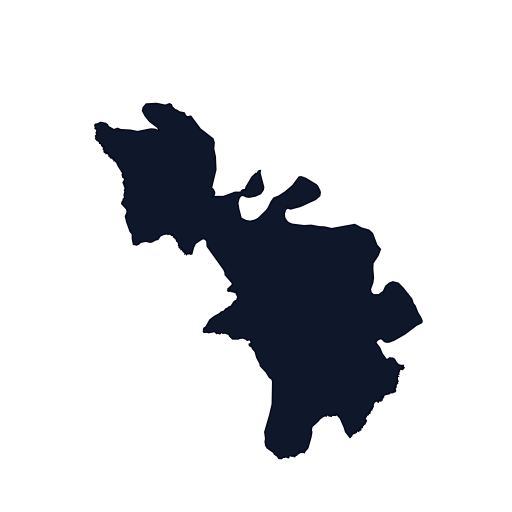 the district of Zabzugu, Northern, Ghana, rotated 143°
{"feature_id": "2480657B72410528378772", "entity_name": "Zabzugu", "entity_type": "district", "adm_level": 2, "iso_a3": "GHA", "parent_name": "Ghana", "parent_adm1": "Northern", "projection": "mercator", "projection_center": [0.33, 9.091], "detail": "fine", "context": "isolated", "style": "filled", "palette": "ink", "viewbox_px": 512, "rotation_deg": 143, "n_neighbors": 0, "source": "geoboundaries", "source_scale": "gbopen_adm2", "svg_char_len": 6025}
<svg xmlns="http://www.w3.org/2000/svg" viewBox="0 0 512 512"><g transform="rotate(143 256 256)"><path d="M201.2,321.6L202.8,322.3L205.5,321.2L206.6,322.0L211.7,321.4L222.4,317.0L224.5,315.4L226.7,316.7L228.6,316.7L229.8,315.9L234.3,319.4L246.4,323.1L254.6,329.3L252.1,330.3L250.8,331.8L250.1,334.9L250.7,337.2L236.2,349.1L228.8,359.8L225.4,367.1L221.2,371.8L219.9,375.5L224.1,391.0L224.0,406.9L226.7,408.1L227.6,409.3L227.8,411.1L227.2,413.3L230.8,417.5L231.3,419.6L232.7,421.8L233.3,425.4L232.6,427.8L233.5,429.6L237.7,430.9L243.6,437.6L252.2,443.4L256.7,442.4L259.2,440.3L260.1,434.7L259.9,427.5L257.2,418.1L257.4,415.7L257.7,415.1L258.8,415.3L260.5,418.0L263.4,420.6L275.8,426.6L280.8,432.2L288.0,438.2L289.9,441.3L293.5,442.3L296.1,448.2L295.7,450.3L296.3,452.3L299.7,456.2L302.9,456.7L304.9,457.8L305.7,457.0L306.1,457.3L306.5,455.8L307.8,454.6L306.7,452.5L309.6,450.4L309.4,448.8L312.0,448.4L312.0,446.9L313.3,446.5L313.4,444.4L312.3,441.8L313.0,440.1L311.7,438.1L312.8,437.0L312.2,435.9L312.5,435.4L311.6,434.7L313.5,433.3L313.7,431.1L314.5,430.7L314.6,429.9L313.3,428.9L314.0,428.1L312.3,427.4L312.8,426.1L312.4,425.4L313.2,424.3L312.5,423.9L313.0,422.2L312.3,422.3L312.2,420.8L310.7,419.6L311.8,419.1L311.4,418.5L311.9,417.7L311.4,417.6L311.1,415.5L310.1,414.5L310.8,414.2L310.7,413.3L311.3,413.2L311.0,412.4L311.7,411.5L312.5,402.2L313.8,401.5L314.6,399.9L314.3,399.5L314.9,399.0L314.1,396.8L316.2,395.2L317.7,394.8L318.1,393.9L317.3,393.4L318.5,392.5L318.3,391.4L319.0,391.3L318.8,389.7L319.5,389.5L319.4,388.6L321.4,387.7L322.0,385.3L322.6,385.6L324.4,384.3L326.1,381.3L327.8,381.3L328.8,380.0L329.9,380.0L331.7,378.6L331.0,371.0L332.5,368.5L336.4,366.2L338.6,361.2L341.7,351.3L341.6,347.8L344.3,344.2L346.8,339.1L344.7,336.7L342.4,336.1L340.2,336.6L335.1,334.2L332.2,330.7L330.5,329.9L326.8,329.4L324.4,328.4L320.4,329.7L319.1,329.5L316.2,328.7L313.4,327.1L313.2,326.2L311.6,326.1L311.7,325.4L310.8,324.4L311.0,323.5L309.9,323.1L310.3,322.8L309.4,321.0L310.3,320.6L309.5,319.2L309.9,318.6L309.3,318.3L310.3,315.4L309.8,314.3L310.4,312.0L311.4,311.3L311.3,310.0L312.1,309.3L312.1,308.5L311.2,307.9L311.9,306.2L310.8,305.7L311.1,304.6L310.4,304.0L311.4,303.3L310.6,301.2L311.4,300.5L310.1,300.1L310.5,299.2L309.2,299.5L309.2,298.8L307.8,297.9L307.2,298.2L307.0,296.7L306.0,296.4L301.0,300.4L296.8,302.6L288.6,302.1L286.6,300.6L286.1,297.7L289.1,293.0L289.8,264.4L290.5,261.6L291.9,259.5L291.1,248.6L292.5,247.1L298.9,246.5L297.3,246.0L299.4,245.3L299.2,244.5L296.9,243.0L296.6,241.8L295.3,241.3L295.2,240.0L292.9,239.2L294.3,238.1L295.1,234.2L297.9,232.3L299.9,232.7L300.7,232.2L301.3,232.6L306.1,230.8L308.4,231.6L311.1,231.1L311.5,231.9L315.0,231.1L317.8,232.2L319.6,231.8L325.6,232.7L331.3,232.7L338.4,229.5L341.1,229.6L343.4,227.4L343.5,226.4L340.8,224.7L340.0,223.3L334.9,220.9L334.1,219.5L334.2,217.9L332.7,217.3L332.1,216.0L331.0,215.6L330.4,216.1L328.7,215.3L328.9,214.2L327.0,213.2L324.7,209.6L325.2,208.1L324.6,203.9L319.9,200.3L318.5,200.2L315.6,198.3L314.0,195.6L313.8,194.1L311.5,193.1L311.1,191.9L312.0,189.5L312.8,189.0L314.3,189.7L314.8,189.2L315.0,188.2L313.9,185.3L314.5,184.2L314.2,180.1L316.5,174.2L317.5,167.7L318.6,165.7L317.7,157.2L318.3,150.8L317.3,147.8L318.5,145.3L332.1,127.9L340.8,120.6L354.9,110.1L358.2,104.2L360.3,102.3L362.2,98.9L362.5,95.8L360.1,88.6L360.5,86.7L359.4,83.5L359.5,80.6L357.6,78.9L355.4,79.0L354.4,78.1L352.9,77.8L351.7,75.5L351.1,75.4L350.2,76.5L348.5,75.8L347.6,74.3L346.2,74.1L346.3,72.8L345.6,72.5L345.0,73.4L343.5,72.5L342.6,73.0L340.4,72.5L339.1,73.3L338.7,72.3L337.0,71.6L335.8,69.9L332.8,71.4L332.4,70.9L329.9,71.7L321.2,78.3L317.4,81.9L316.8,83.8L314.0,86.1L305.4,86.9L303.4,87.6L297.9,87.4L297.2,86.7L296.3,86.7L296.0,85.9L294.9,86.3L293.8,85.7L293.9,84.4L292.2,82.7L291.3,83.3L288.2,80.8L286.9,81.8L286.3,75.6L288.6,66.0L290.2,61.7L290.1,54.5L287.9,54.9L285.7,56.1L284.8,55.3L283.3,55.0L282.3,55.5L282.0,54.9L281.0,55.6L280.1,55.5L279.6,54.4L279.1,55.0L278.8,54.5L277.0,54.2L276.7,55.6L274.3,55.2L274.0,55.8L270.6,56.8L270.3,56.4L267.1,57.9L266.8,60.9L265.9,61.4L265.2,61.2L263.3,62.1L261.6,61.8L260.9,62.6L260.0,62.1L259.8,63.2L258.5,62.7L257.8,63.8L256.5,63.6L256.7,64.4L255.0,64.1L254.2,65.6L253.7,65.0L252.9,65.4L252.5,66.3L250.2,67.9L247.2,68.2L246.1,65.7L244.7,66.7L243.6,65.1L242.6,65.6L241.9,65.2L241.4,66.0L239.9,66.5L239.8,67.5L239.0,66.7L238.4,67.6L236.9,67.8L233.0,66.2L232.5,66.6L232.2,65.9L231.4,66.4L230.5,65.5L229.4,65.4L229.3,64.8L228.4,64.6L227.9,65.1L227.7,64.4L226.5,64.0L226.3,64.9L225.6,64.6L224.5,67.0L223.4,66.8L223.1,67.8L222.4,67.8L221.3,69.2L219.6,69.2L219.1,70.3L217.9,70.6L218.0,71.4L216.7,73.5L215.9,74.4L214.9,74.3L215.2,75.0L214.2,76.2L213.1,75.7L212.4,77.0L210.6,77.9L210.0,78.9L208.6,78.7L207.4,77.4L206.4,78.3L205.9,78.3L205.9,77.4L205.0,77.8L205.8,79.3L205.0,79.1L204.2,79.9L206.4,81.5L207.7,83.5L208.1,86.8L207.6,90.3L208.3,92.1L210.8,94.2L213.2,94.1L214.3,95.0L214.1,102.2L212.5,108.4L212.6,114.1L211.8,115.2L209.6,115.8L206.6,115.4L205.1,113.6L204.9,110.7L203.8,108.9L201.8,107.4L196.6,105.8L184.2,104.2L169.2,104.2L163.9,103.1L162.6,104.0L161.6,107.4L161.0,113.4L159.0,120.7L159.2,123.2L157.6,127.9L157.9,141.8L158.8,148.6L162.3,153.0L165.9,154.0L170.6,153.7L175.5,151.0L181.2,151.1L185.5,154.1L186.2,157.3L184.7,160.7L178.7,164.6L175.4,167.9L170.4,175.8L166.9,180.0L158.3,183.0L152.6,186.6L153.0,192.0L149.5,203.9L150.3,208.6L155.1,215.0L158.2,221.7L179.1,232.2L183.9,237.9L188.1,241.4L193.4,247.2L199.5,251.3L208.2,259.7L210.2,263.3L210.5,265.8L210.2,269.3L207.9,273.0L204.4,275.3L202.7,275.4L201.7,275.2L200.1,272.8L190.7,269.0L174.5,265.4L168.9,265.8L166.6,268.0L165.8,269.7L164.9,274.7L165.0,276.5L169.7,288.2L172.3,292.1L174.1,293.1L184.3,290.1L194.1,289.5L202.1,290.1L206.8,291.5L210.8,290.3L217.7,286.8L220.6,286.0L231.8,284.6L235.3,285.2L239.7,287.1L242.8,290.3L245.2,295.1L241.7,303.7L238.8,309.2L235.0,312.3L232.4,313.2L231.1,313.1L229.5,311.9L228.1,309.2L226.0,307.1L220.3,304.3L214.8,303.1L210.5,304.5L208.5,306.4L202.9,320.0L201.2,321.6Z" fill="#0f172a" stroke="#020617" stroke-width="1.5"/></g></svg>